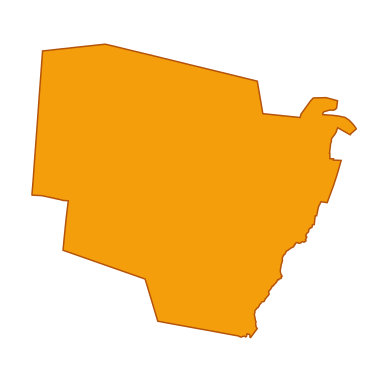 Sobremonte, Córdoba, Argentina (orthographic projection), rotated 4°
{"feature_id": "61730980B85685003882590", "entity_name": "Sobremonte", "entity_type": "district", "adm_level": 2, "iso_a3": "ARG", "parent_name": "Argentina", "parent_adm1": "Córdoba", "projection": "orthographic", "projection_center": [-63.921, -29.792], "detail": "fine", "context": "isolated", "style": "filled", "palette": "amber", "viewbox_px": 384, "rotation_deg": 4, "n_neighbors": 0, "source": "geoboundaries", "source_scale": "gbopen_adm2", "svg_char_len": 3967}
<svg xmlns="http://www.w3.org/2000/svg" viewBox="0 0 384 384"><g transform="rotate(4 192 192)"><path d="M33.1,61.7L33.1,62.0L33.1,63.8L33.0,89.7L32.9,107.8L32.9,124.3L32.7,175.3L32.7,191.7L32.5,205.6L32.6,206.2L32.9,206.3L42.4,206.1L62.2,209.0L63.6,209.4L69.2,209.4L68.3,227.2L67.8,243.7L67.4,259.1L151.3,282.1L152.4,285.0L158.7,301.6L166.9,323.3L183.8,325.2L204.6,327.5L212.9,328.4L213.9,328.5L247.6,332.3L248.7,332.4L249.0,332.8L251.1,333.4L252.1,332.8L253.5,332.3L254.7,332.3L255.7,332.8L256.4,332.2L256.6,331.5L256.4,330.5L256.9,329.6L257.7,330.0L258.6,330.0L259.3,330.0L259.7,330.8L259.9,332.7L260.5,332.9L260.7,333.0L266.6,323.7L266.2,323.1L265.3,321.9L264.9,320.1L264.7,318.8L264.9,316.9L264.4,316.0L264.0,314.7L263.6,313.1L263.4,312.4L263.0,311.0L262.7,309.7L263.1,308.1L263.1,306.9L263.1,305.8L263.4,305.5L264.0,304.7L265.0,303.2L265.9,302.8L266.5,301.7L266.9,301.0L267.3,299.6L268.4,298.4L269.4,296.7L271.0,296.4L271.9,295.7L271.9,294.8L273.3,292.5L274.5,290.9L275.5,289.6L275.9,289.0L276.0,288.6L276.0,287.9L275.6,287.1L275.4,286.2L275.7,285.2L276.8,284.1L277.0,283.7L277.8,282.2L278.1,282.0L278.2,281.3L278.4,280.8L278.7,280.1L279.3,280.1L279.8,279.8L280.0,279.1L280.7,278.5L281.2,277.7L281.5,277.3L282.3,276.5L282.9,275.4L283.3,274.0L283.7,273.4L284.1,273.4L284.3,273.6L284.7,273.5L284.8,273.0L285.1,272.7L285.7,272.4L286.6,272.2L287.2,271.5L287.2,271.0L286.9,270.4L287.2,270.3L287.7,269.8L287.7,269.6L287.4,269.1L287.2,268.8L286.8,268.3L286.4,267.6L286.2,267.2L286.0,266.6L285.9,266.1L285.8,265.7L285.6,265.0L285.6,264.6L285.6,263.0L285.6,262.5L285.6,262.2L285.8,261.6L285.9,261.1L285.9,260.7L285.9,260.3L286.0,259.8L286.0,259.3L286.0,258.8L286.0,258.3L286.5,256.8L286.6,256.2L286.8,255.2L287.0,254.5L287.0,253.9L286.9,253.4L286.8,252.7L286.7,252.2L286.7,251.9L286.7,251.7L286.8,251.3L286.9,250.9L287.1,250.4L287.3,249.7L287.7,248.8L287.8,248.7L287.9,248.3L288.5,248.1L288.9,247.6L289.3,247.0L289.5,246.4L289.7,245.8L289.9,245.3L290.3,244.5L290.4,244.3L291.0,244.0L291.5,243.6L292.1,243.3L292.4,242.9L292.9,242.4L293.8,241.6L297.2,239.5L297.5,239.2L297.6,238.1L298.0,237.5L298.4,237.4L298.5,237.0L298.9,235.9L299.8,235.3L300.8,235.1L301.4,235.5L302.3,235.7L303.3,235.4L304.1,235.2L304.6,234.5L305.2,234.0L306.2,233.8L306.7,234.1L307.4,234.1L307.5,234.1L307.8,233.9L308.0,233.7L308.4,233.4L308.5,233.3L308.7,233.2L308.8,233.1L309.0,233.0L309.1,232.9L309.1,232.7L309.0,232.4L308.9,232.4L308.7,232.2L308.5,231.9L308.5,231.7L308.7,231.4L308.8,231.3L308.9,231.1L309.0,230.8L309.0,230.7L308.9,230.5L309.0,230.4L309.1,230.1L309.2,229.9L309.3,229.7L309.5,229.6L309.6,229.4L309.6,229.2L309.6,228.9L309.6,228.7L309.4,228.6L309.2,228.6L308.9,228.5L308.9,228.4L308.8,227.9L308.8,227.7L308.7,227.6L308.5,227.4L308.6,227.1L308.7,226.9L308.8,226.7L308.9,226.4L309.0,226.3L309.0,226.2L309.1,225.9L309.3,225.7L309.4,225.4L309.9,224.6L310.4,224.4L310.9,223.8L311.1,223.2L311.1,222.7L311.0,221.6L311.3,221.1L311.7,220.8L312.6,219.4L313.0,219.4L313.9,219.2L314.1,218.8L314.2,218.4L314.3,218.2L314.3,217.4L314.4,217.0L314.3,216.6L315.0,216.1L316.2,216.0L316.6,207.2L318.0,207.0L319.2,197.9L321.4,192.7L327.6,193.2L332.9,175.0L335.6,164.2L338.6,150.1L330.8,150.3L330.9,149.0L327.3,149.2L327.2,148.1L327.1,146.9L326.8,143.8L326.4,143.8L326.5,142.7L326.7,139.0L326.9,134.1L327.3,132.5L327.5,131.9L327.4,130.1L327.6,128.9L328.8,127.0L330.3,124.8L331.7,122.0L331.9,121.0L332.5,118.7L332.8,117.7L338.3,120.3L345.8,123.9L346.5,122.8L346.6,122.6L351.5,117.6L350.6,116.3L349.1,114.5L347.2,112.5L343.5,109.2L339.4,106.9L332.8,106.0L326.7,105.7L325.0,105.7L317.1,105.7L317.1,103.9L317.9,102.8L323.6,100.7L327.6,100.5L329.4,99.4L330.4,98.1L330.8,90.8L319.2,88.5L307.9,89.6L306.5,89.7L304.0,92.7L303.4,93.7L295.3,106.7L294.7,110.1L293.0,110.1L257.2,108.9L255.3,101.1L249.4,76.9L179.9,65.0L146.8,59.3L131.5,56.7L120.1,54.8L104.5,52.1L95.1,50.6L74.8,54.2L64.2,56.1L57.3,57.4L53.7,58.0L44.9,59.6L40.7,60.4L39.0,60.7L33.1,61.7Z" fill="#f59e0b" stroke="#b45309" stroke-width="1.5"/></g></svg>